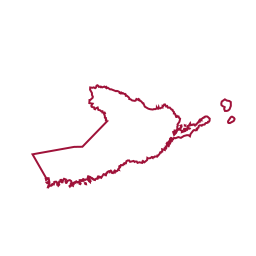 outline of East Makira, Makira, Solomon Islands, rotated 325°
{"feature_id": "97153195B75275546340681", "entity_name": "East Makira", "entity_type": "district", "adm_level": 2, "iso_a3": "SLB", "parent_name": "Solomon Islands", "parent_adm1": "Makira", "projection": "albers", "projection_center": [162.088, -10.683], "detail": "fine", "context": "isolated", "style": "outline", "palette": "rose", "viewbox_px": 256, "rotation_deg": 325, "n_neighbors": 0, "source": "geoboundaries", "source_scale": "gbopen_adm2", "svg_char_len": 5963}
<svg xmlns="http://www.w3.org/2000/svg" viewBox="0 0 256 256"><g transform="rotate(325 128 128)"><path d="M34.7,94.8L32.3,121.4L31.5,122.2L31.6,122.7L31.1,123.6L32.3,123.8L33.4,123.0L34.2,123.6L32.8,126.7L30.1,126.0L30.2,127.0L31.9,128.2L31.0,129.3L29.7,129.6L28.9,130.2L29.3,130.3L29.1,130.7L30.8,130.3L31.8,131.2L32.7,131.3L33.0,130.6L34.0,130.5L34.8,131.7L36.2,130.8L36.4,130.0L37.3,130.1L38.4,130.8L38.6,131.5L38.4,132.4L37.5,133.8L38.0,134.2L37.8,135.3L39.2,135.0L39.5,133.7L40.8,132.5L41.5,133.0L42.9,131.8L43.7,132.3L43.5,133.7L42.8,134.6L43.2,134.9L44.9,133.5L46.5,132.9L47.6,134.6L46.2,135.7L45.7,137.3L46.1,137.7L48.6,136.6L50.4,137.3L51.0,138.9L50.4,140.8L49.3,140.6L48.3,141.9L46.8,142.0L46.8,142.6L47.7,142.2L48.6,142.8L49.1,142.5L49.7,143.6L50.2,142.7L51.1,143.0L51.3,142.3L51.9,142.3L52.2,141.7L53.2,141.8L53.6,142.7L54.1,142.2L55.0,142.0L55.4,143.2L56.0,143.5L55.9,143.9L56.8,144.0L56.9,145.3L56.3,145.9L56.7,146.6L57.3,146.4L57.4,144.6L58.5,143.0L59.6,143.7L59.6,144.7L60.5,144.7L60.6,145.4L61.1,145.7L61.5,144.2L62.0,144.1L63.1,146.0L64.2,146.0L64.9,146.4L65.8,148.3L65.5,149.1L65.9,150.5L66.4,149.8L66.9,149.9L66.7,145.4L67.7,144.7L69.0,146.5L68.7,147.0L69.3,147.7L69.1,148.4L70.0,148.7L69.9,149.8L70.5,150.1L70.4,151.0L71.1,151.7L71.6,151.3L72.9,151.3L74.0,152.2L74.9,151.8L74.9,150.9L75.8,150.5L76.8,151.6L76.7,152.6L77.4,152.6L77.6,153.4L81.5,151.8L82.1,152.5L83.0,152.8L82.4,153.7L82.8,154.1L84.5,152.6L85.0,152.8L85.8,152.2L87.3,152.3L87.9,152.6L87.6,153.4L89.5,153.1L89.6,153.8L88.9,155.1L89.2,155.7L89.8,156.3L90.5,155.9L91.4,156.8L92.1,155.4L92.8,155.2L93.4,156.3L93.2,156.8L94.7,157.0L96.0,156.4L96.4,156.9L96.5,156.1L98.6,155.7L98.5,154.8L99.0,154.3L99.5,154.4L99.8,155.1L101.0,154.3L102.4,155.5L103.8,154.9L104.3,155.5L105.0,154.8L106.1,155.7L107.6,154.3L109.1,154.4L110.3,155.2L110.3,156.9L113.7,158.2L113.9,159.5L114.5,159.5L115.9,160.5L115.8,162.0L117.7,162.6L119.6,164.8L120.4,164.7L120.8,163.6L121.3,163.5L121.8,165.5L125.3,165.2L126.7,163.6L127.0,164.4L129.0,165.5L130.7,165.4L131.1,166.7L131.8,166.2L132.5,166.9L133.6,166.7L135.3,168.0L135.8,167.7L135.8,168.1L138.8,167.4L140.3,166.5L140.7,167.0L141.3,166.6L142.5,167.0L143.8,165.0L145.5,167.1L146.4,165.5L147.0,165.6L147.4,166.6L148.0,166.3L148.3,165.0L148.8,165.3L149.6,164.6L150.6,165.3L150.9,166.2L151.3,166.0L151.0,164.6L151.5,163.3L150.8,163.1L150.6,164.0L150.8,162.9L151.9,162.5L152.8,163.0L154.0,162.4L155.0,162.6L156.1,161.0L157.5,160.7L157.9,161.2L157.7,162.5L158.5,162.5L158.0,163.1L158.4,163.2L158.9,162.7L160.5,162.9L161.0,163.6L164.0,164.3L165.7,166.4L169.2,166.6L172.2,167.7L173.5,168.7L174.0,170.3L175.8,168.8L180.1,167.5L181.0,167.6L181.8,168.6L182.5,168.7L183.0,169.2L184.1,168.7L184.1,167.9L186.0,168.1L186.9,167.0L188.0,166.9L188.8,167.2L189.7,168.4L190.6,168.0L192.7,169.1L194.3,168.5L196.3,169.4L197.1,168.8L198.1,169.3L199.0,168.8L200.3,167.2L199.6,164.2L198.5,163.2L197.3,162.8L196.8,163.2L196.1,163.0L196.2,163.7L195.9,162.8L193.5,162.8L192.7,163.7L192.2,163.4L192.3,162.5L191.8,162.3L191.0,162.6L191.2,163.0L190.9,162.8L190.5,163.1L190.4,163.7L189.9,163.3L189.3,163.4L189.0,163.9L188.2,163.6L185.7,164.4L184.9,163.6L184.2,164.2L183.5,162.4L182.0,162.3L181.1,161.3L180.1,161.5L178.1,160.7L177.4,161.0L176.9,161.7L178.4,164.0L178.3,164.8L178.3,164.1L177.0,162.8L175.4,163.4L175.0,162.5L173.7,163.2L173.2,162.8L172.9,163.2L169.9,162.3L170.7,161.6L169.5,159.2L169.7,158.0L169.0,157.9L168.5,158.4L167.1,158.1L164.5,159.6L163.5,159.3L163.3,159.8L161.8,160.1L162.7,157.2L163.9,157.6L164.7,156.8L165.5,157.7L167.6,157.4L169.2,155.1L170.2,154.6L170.6,153.5L173.7,152.4L176.0,150.3L175.7,149.0L176.0,147.5L175.2,147.1L175.1,146.5L174.2,146.9L173.8,146.6L174.6,143.6L174.5,142.9L173.9,142.4L174.8,141.2L174.5,139.3L174.9,138.6L174.2,137.6L173.9,135.2L172.4,134.3L172.7,132.5L171.6,132.3L171.8,129.9L171.1,129.5L169.9,130.1L169.2,129.6L168.9,130.4L168.1,130.6L167.9,131.0L167.3,130.5L165.6,130.4L164.7,129.5L165.0,128.6L163.8,129.5L163.1,128.9L163.2,128.0L162.9,128.4L161.3,128.3L160.1,127.4L158.9,127.1L157.0,125.4L155.7,123.8L154.0,120.1L154.8,116.6L154.3,116.4L154.1,113.7L153.4,112.6L153.6,111.3L152.8,111.2L153.0,110.2L152.0,110.1L151.5,109.1L150.1,109.9L149.2,109.7L147.2,107.8L146.6,106.0L145.7,105.0L146.1,104.6L146.2,103.4L145.6,101.0L144.7,100.4L145.4,99.2L145.2,98.5L144.7,98.4L143.8,96.4L143.0,96.4L142.8,95.2L141.8,95.5L141.2,94.5L141.7,93.7L140.8,92.0L140.1,91.2L139.3,91.0L136.4,86.6L135.5,86.1L134.5,83.3L133.3,83.2L133.1,82.7L133.6,81.7L132.7,81.4L132.4,80.5L130.1,79.9L129.9,79.2L129.1,78.9L129.2,78.5L128.7,78.5L128.1,77.4L127.7,77.4L127.7,75.9L127.4,75.4L126.5,75.3L124.9,76.5L123.9,76.5L123.3,75.1L122.0,74.7L120.3,73.1L118.9,74.9L118.5,78.7L117.5,80.1L117.1,82.3L116.2,83.0L113.1,83.4L112.5,83.0L110.6,85.4L113.0,87.8L110.7,88.8L110.4,89.5L110.6,90.2L112.0,91.6L111.4,93.2L111.8,93.8L112.8,93.4L114.9,93.8L114.1,96.1L115.4,97.7L115.7,99.2L116.6,99.6L116.0,100.7L117.7,101.9L117.6,102.8L116.4,102.9L115.9,105.0L115.1,106.0L115.0,106.5L115.6,107.1L114.5,108.7L114.9,108.8L114.4,110.2L114.7,110.5L79.9,117.2L73.1,112.6L34.7,94.8ZM227.1,165.7L226.5,164.0L224.7,162.2L223.8,160.1L220.0,160.1L218.5,161.4L217.7,162.8L218.0,164.2L219.2,166.4L217.7,167.5L217.2,169.6L218.7,170.7L220.2,171.1L221.9,170.9L224.9,168.9L227.1,165.7ZM220.6,180.4L219.9,178.6L219.2,178.1L218.0,178.2L213.8,179.9L213.3,180.6L213.2,181.5L214.3,182.4L218.5,182.9L220.0,182.2L220.6,181.5L220.6,180.4ZM155.6,163.6L154.6,163.0L154.6,163.3L153.2,163.1L152.6,163.8L152.2,163.6L152.5,164.7L153.2,165.0L155.6,163.6ZM173.2,156.5L172.5,156.3L172.6,157.3L171.4,157.9L171.4,158.2L172.7,157.6L173.2,156.5ZM61.8,149.2L61.4,148.5L61.1,148.4L60.9,149.5L61.4,150.0L61.8,149.2ZM157.5,161.9L157.4,161.4L156.9,161.6L157.1,162.7L157.5,161.9ZM174.0,161.2L173.5,160.9L173.0,161.2L173.6,161.7L174.0,161.2ZM176.1,159.2L175.9,158.6L175.4,159.3L175.6,159.1L175.9,159.1L175.6,159.4L176.1,159.2ZM181.4,160.5L181.6,159.9L180.9,160.2L181.4,160.5Z" fill="none" stroke="#9f1239" stroke-width="2"/></g></svg>